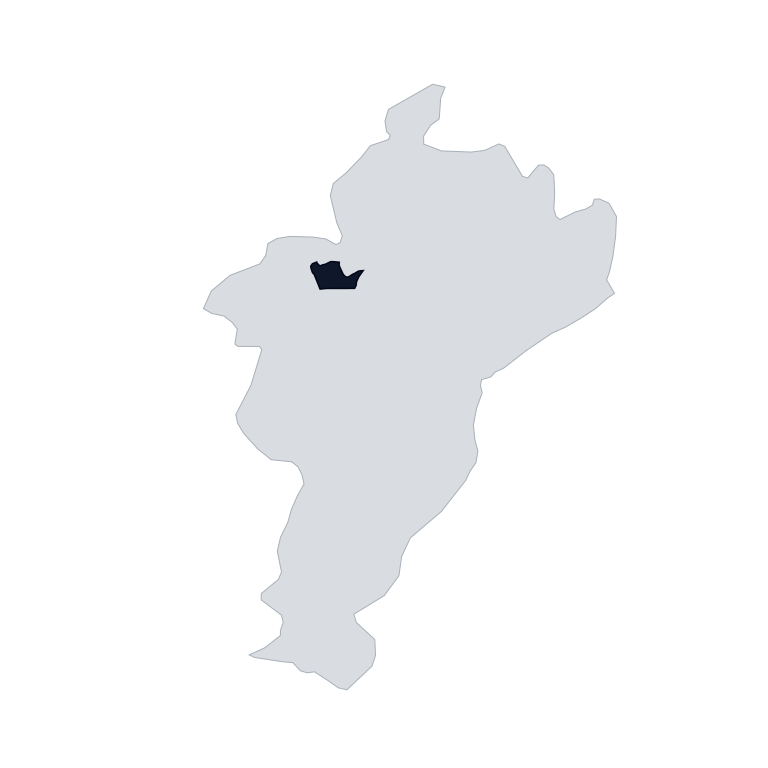 Ribnica on a map of Slovenia (orthographic projection), rotated 135°
{"feature_id": "SVN-218", "entity_name": "Ribnica", "entity_type": "Municipality", "adm_level": 1, "iso_a3": "SVN", "parent_name": "Slovenia", "parent_adm1": "", "projection": "orthographic", "projection_center": [14.692, 45.729], "detail": "fine", "context": "in_parent", "style": "filled", "palette": "ink", "viewbox_px": 768, "rotation_deg": 135, "n_neighbors": 0, "source": "natural_earth", "source_scale": "10m", "svg_char_len": 2248}
<svg xmlns="http://www.w3.org/2000/svg" viewBox="0 0 768 768"><g transform="rotate(135 384 384)"><path d="M670.9,287.8L654.6,281.7L635.1,279.4L631.6,282.9L623.8,286.7L620.0,293.1L623.5,318.2L618.9,322.6L596.7,320.5L589.4,323.5L577.7,341.2L565.5,348.8L549.8,354.2L538.3,360.7L523.7,366.4L511.2,369.9L506.3,377.6L503.4,386.1L504.3,394.3L517.3,410.2L519.2,427.4L518.1,448.4L515.3,459.7L510.3,467.2L478.9,477.2L446.2,494.7L445.5,498.6L460.6,513.8L461.2,517.7L448.9,526.5L447.8,535.2L449.2,545.3L455.9,555.7L458.4,565.0L440.3,571.9L415.8,569.6L386.8,556.7L376.6,558.6L366.8,565.4L356.7,562.5L345.7,554.5L330.1,537.8L322.5,527.6L319.4,516.6L315.1,515.0L308.7,518.2L303.3,531.5L288.8,555.1L278.1,561.6L261.9,560.1L239.3,560.4L225.2,562.2L208.0,553.7L203.8,555.3L203.7,560.8L197.2,569.4L186.6,575.0L137.7,561.6L130.9,550.8L142.0,545.9L157.5,532.4L167.9,534.0L180.7,531.3L186.3,525.5L178.5,508.1L158.4,486.4L147.8,478.1L133.0,472.5L130.6,466.7L139.2,433.0L136.8,428.1L120.0,429.5L116.1,425.9L114.8,420.0L116.0,412.0L127.6,399.0L140.3,387.5L143.8,381.0L143.4,375.9L127.4,370.5L117.7,365.1L110.1,363.1L104.7,366.0L100.9,362.6L97.1,352.8L101.2,338.0L115.9,324.6L131.6,312.6L145.2,303.9L153.0,300.2L156.9,285.1L164.9,286.7L180.9,287.7L198.6,291.4L215.2,295.8L229.7,301.3L260.3,307.1L288.2,310.6L296.6,313.8L303.5,313.5L311.9,318.1L317.0,314.6L320.6,308.5L335.8,301.3L349.8,291.8L359.6,279.7L365.0,270.2L374.6,263.4L384.8,261.5L394.2,258.1L433.5,253.3L474.0,256.6L493.3,249.7L509.0,237.9L532.2,234.4L533.4,234.2L568.2,242.6L570.8,237.4L572.2,235.1L571.2,209.8L581.9,198.1L592.0,193.0L626.5,194.0L631.2,201.6L633.3,213.7L636.7,229.7L642.6,234.1L645.9,240.4L645.5,251.5L652.4,259.7L668.8,282.0L670.9,287.8Z" fill="#d9dde1" stroke="#a8b0b8" stroke-width="1"/><path d="M318.5,478.9L326.1,477.6L331.0,475.8L334.0,473.4L337.2,472.4L357.2,492.3L362.1,496.3L356.0,510.6L355.8,513.4L353.9,517.3L352.5,519.1L349.6,519.7L345.3,517.8L346.0,516.4L345.8,515.5L346.0,514.5L345.6,513.2L345.2,512.4L343.2,511.7L340.9,510.2L335.1,508.2L333.4,506.5L329.5,501.7L331.6,499.9L332.7,497.6L335.3,490.3L335.4,487.9L334.8,485.8L333.6,485.1L332.6,484.6L329.0,483.9L325.3,482.6L323.5,482.3L322.6,482.0L320.9,481.0L318.5,478.9Z" fill="#0f172a" stroke="#020617" stroke-width="1.5"/></g></svg>